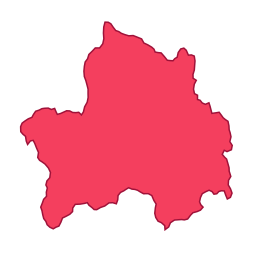 the district of Viçosa, Minas Gerais, Brazil, rotated 183°
{"feature_id": "56859067B7255025326359", "entity_name": "Viçosa", "entity_type": "district", "adm_level": 2, "iso_a3": "BRA", "parent_name": "Brazil", "parent_adm1": "Minas Gerais", "projection": "equal_earth", "projection_center": [-42.883, -20.747], "detail": "fine", "context": "isolated", "style": "filled", "palette": "rose", "viewbox_px": 256, "rotation_deg": 183, "n_neighbors": 0, "source": "geoboundaries", "source_scale": "gbopen_adm2", "svg_char_len": 2652}
<svg xmlns="http://www.w3.org/2000/svg" viewBox="0 0 256 256"><g transform="rotate(183 128 128)"><path d="M234.0,127.3L235.3,123.7L234.9,118.7L232.6,116.3L229.9,114.3L228.9,109.6L227.4,106.3L224.8,110.0L222.0,110.7L220.2,107.5L218.3,103.3L216.1,98.9L216.6,93.8L214.6,91.1L212.1,89.7L209.0,87.7L205.4,83.9L203.1,79.6L203.5,74.3L206.2,70.9L207.0,66.8L205.4,63.9L206.2,59.7L205.8,55.5L208.5,52.4L209.6,48.6L211.0,44.4L209.6,41.0L208.6,36.9L207.4,33.1L205.1,30.4L203.7,27.2L200.8,24.8L197.4,23.4L194.7,25.2L191.9,26.4L190.1,30.4L188.7,34.7L185.4,36.5L181.6,38.8L179.0,41.6L179.0,45.2L176.7,49.0L171.7,49.5L167.6,50.4L164.7,51.3L163.0,48.9L159.7,46.6L157.6,44.8L155.0,44.8L151.3,47.2L147.1,48.9L143.1,52.2L139.4,52.6L135.7,51.7L134.5,55.7L134.4,60.1L132.1,63.3L129.0,65.0L126.6,66.8L124.2,68.4L121.0,67.2L117.7,67.0L115.1,66.3L112.4,64.8L109.1,63.2L104.3,63.5L100.7,61.8L98.3,56.9L95.9,53.5L96.5,49.8L96.8,44.2L95.6,40.1L93.1,36.5L89.7,35.2L86.2,32.4L85.7,28.4L82.2,31.3L80.7,35.6L76.8,38.5L73.0,39.0L69.7,39.4L66.9,39.2L63.7,40.2L60.9,44.3L58.7,46.8L54.5,48.2L51.3,49.8L48.9,52.9L51.3,55.2L52.7,58.0L52.0,62.3L50.4,66.3L47.1,68.4L43.8,70.1L40.7,68.9L38.7,66.4L35.9,67.0L34.0,69.3L31.5,70.2L28.6,70.2L26.9,66.1L25.1,62.3L22.1,64.1L20.7,68.4L22.5,72.7L24.9,76.4L24.9,81.0L22.8,85.0L24.7,90.2L25.0,93.6L26.4,97.8L27.9,102.1L30.0,103.9L32.5,106.6L30.7,110.8L27.9,109.6L23.6,111.7L23.0,116.1L25.6,119.7L24.7,124.6L25.7,128.4L26.9,131.6L27.3,135.4L28.5,139.9L31.2,141.5L33.5,143.2L35.9,146.2L37.8,148.5L41.3,147.7L45.0,147.0L46.1,150.5L47.2,154.0L48.5,157.4L52.0,155.7L55.2,156.9L57.5,159.5L60.1,160.1L60.3,164.4L63.4,165.8L64.6,170.2L64.1,175.2L62.3,179.2L65.6,181.1L65.9,184.9L64.8,189.4L64.7,194.6L64.6,198.5L65.6,203.3L68.5,204.3L71.5,203.9L73.9,208.7L76.4,210.7L79.5,209.7L81.8,206.0L82.6,201.3L84.9,199.7L86.6,197.5L89.2,197.5L92.3,197.7L95.5,201.3L98.8,204.7L102.2,204.9L104.9,205.3L106.2,208.1L108.6,210.0L112.6,212.1L116.6,213.7L119.1,217.7L123.8,219.3L127.7,220.6L132.0,220.1L136.1,221.1L139.6,222.2L142.3,223.8L145.4,224.7L148.2,228.0L150.6,231.2L153.4,232.6L156.5,232.5L157.5,227.6L157.5,221.5L156.8,215.9L157.6,210.8L160.5,206.5L164.9,206.2L167.5,203.1L170.9,199.4L172.0,195.0L174.2,191.7L174.8,187.4L175.0,182.4L174.3,177.1L172.6,173.2L171.1,168.6L169.9,164.7L169.7,160.2L169.4,156.4L170.1,151.6L172.4,146.9L173.4,141.6L175.2,138.6L178.0,141.1L180.9,140.6L184.1,140.6L187.1,142.0L190.2,142.0L192.9,140.6L196.0,139.0L199.3,137.9L200.8,140.6L202.3,143.7L205.5,142.5L208.7,143.7L212.6,143.3L215.0,142.8L217.5,141.3L221.1,139.9L223.1,136.6L224.5,133.6L228.0,132.0L231.4,129.5L234.0,127.3Z" fill="#f43f5e" stroke="#9f1239" stroke-width="1.5"/></g></svg>